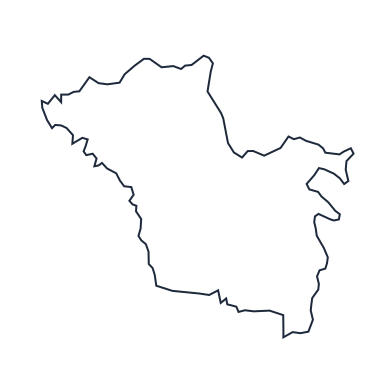 the district of Três Palmeiras, Rio Grande do Sul, Brazil, rotated 5°
{"feature_id": "56859067B561920705370", "entity_name": "Três Palmeiras", "entity_type": "district", "adm_level": 2, "iso_a3": "BRA", "parent_name": "Brazil", "parent_adm1": "Rio Grande do Sul", "projection": "equal_earth", "projection_center": [-52.832, -27.619], "detail": "fine", "context": "isolated", "style": "outline", "palette": "slate", "viewbox_px": 384, "rotation_deg": 5, "n_neighbors": 0, "source": "geoboundaries", "source_scale": "gbopen_adm2", "svg_char_len": 1845}
<svg xmlns="http://www.w3.org/2000/svg" viewBox="0 0 384 384"><g transform="rotate(5 192 192)"><path d="M340.7,206.5L341.2,201.3L336.3,198.2L332.6,194.4L328.7,190.4L321.4,185.2L317.6,180.9L313.5,180.1L308.7,179.2L305.5,174.0L312.4,164.5L316.4,157.1L322.0,157.9L331.8,161.4L338.0,165.4L342.9,170.8L346.8,167.4L343.2,156.4L343.2,147.8L349.6,139.7L346.4,134.6L339.5,138.6L335.6,141.7L321.4,141.2L318.8,137.1L313.9,133.8L301.2,131.1L294.7,128.3L288.9,130.5L283.3,128.3L276.4,140.4L260.7,149.5L249.3,145.8L243.9,146.4L238.9,153.3L230.3,149.0L223.6,140.1L220.6,129.6L216.7,115.9L214.1,110.9L198.7,90.5L200.2,70.1L201.6,62.0L197.2,56.8L191.7,55.2L180.5,65.5L174.1,66.7L170.4,70.4L162.4,68.2L150.8,70.4L138.2,63.1L132.5,63.5L123.7,71.3L114.7,80.5L110.3,89.4L98.3,92.1L89.4,91.7L79.8,86.6L71.0,101.5L65.3,102.6L60.4,105.7L53.2,106.4L53.8,113.9L46.9,107.5L40.7,116.7L34.4,114.4L35.5,121.1L41.3,132.9L47.0,140.6L49.9,137.1L55.9,137.1L61.5,139.2L68.5,145.8L68.6,154.4L78.0,147.6L83.5,148.7L82.0,155.6L80.5,161.0L83.5,164.5L89.7,162.5L94.0,166.9L92.5,174.9L96.6,173.7L99.8,170.9L105.4,176.0L109.5,177.7L114.9,180.0L119.2,186.9L123.9,192.2L131.1,192.4L134.1,199.8L130.4,206.2L133.8,209.5L137.8,210.6L137.9,216.1L143.7,223.3L144.0,232.7L142.5,240.5L145.7,244.6L150.6,248.0L153.9,255.2L155.2,267.5L159.4,271.2L162.1,277.8L164.6,288.5L181.2,292.2L208.1,292.5L218.1,293.1L226.6,287.7L230.3,300.0L235.3,295.1L237.0,300.9L241.1,301.5L246.2,302.4L248.8,307.4L255.0,305.2L263.9,305.5L279.6,303.4L293.6,306.7L295.3,323.6L295.7,328.8L304.5,322.8L312.3,323.2L320.1,321.0L323.6,308.7L320.6,299.7L320.7,293.7L321.0,287.2L326.3,278.2L326.4,272.5L323.9,265.2L325.9,258.9L331.5,256.7L332.7,251.2L333.0,245.3L328.3,236.4L320.1,224.7L318.4,217.4L316.4,211.4L316.6,205.6L319.9,202.8L331.9,207.1L335.9,208.0L340.7,206.5Z" fill="none" stroke="#1e293b" stroke-width="2"/></g></svg>